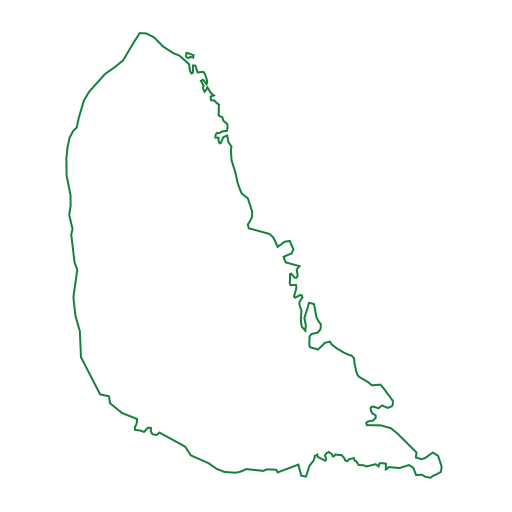 Fanapanges, Federated States of Micronesia, rotated 182°
{"feature_id": "79324940B4791300793678", "entity_name": "Fanapanges", "entity_type": "district", "adm_level": 2, "iso_a3": "FSM", "parent_name": "Federated States of Micronesia", "parent_adm1": "", "projection": "robinson", "projection_center": [151.663, 7.353], "detail": "fine", "context": "isolated", "style": "outline", "palette": "green", "viewbox_px": 512, "rotation_deg": 182, "n_neighbors": 0, "source": "geoboundaries", "source_scale": "gbopen_adm2", "svg_char_len": 3647}
<svg xmlns="http://www.w3.org/2000/svg" viewBox="0 0 512 512"><g transform="rotate(182 256 256)"><path d="M198.8,166.7L199.6,168.8L199.7,177.5L197.8,180.0L191.6,181.6L189.1,184.9L188.8,187.5L188.9,190.3L190.9,192.5L193.4,196.6L196.3,209.9L201.2,211.1L201.9,209.5L202.1,207.6L203.4,203.2L205.5,195.7L203.8,188.7L204.1,183.1L205.7,184.8L207.6,186.7L208.5,190.0L208.9,194.3L208.7,202.8L210.0,206.3L210.8,208.8L210.9,211.7L209.9,213.5L208.1,216.1L209.0,218.4L210.5,218.5L215.5,215.7L216.6,216.7L214.5,225.6L215.0,228.5L220.6,228.2L221.4,230.1L221.2,233.4L221.3,239.1L220.4,239.7L216.6,235.7L214.8,235.7L213.8,237.4L213.9,239.3L214.9,243.9L212.2,247.4L217.9,248.7L226.2,250.7L228.4,256.2L220.4,259.9L218.9,264.1L222.9,272.2L227.8,271.3L234.7,265.9L238.7,274.1L240.2,275.9L243.2,278.5L264.1,283.4L265.3,287.2L263.2,290.6L261.3,295.1L261.4,300.2L266.2,313.4L272.4,317.9L274.1,321.4L277.1,328.8L279.4,338.4L283.8,350.9L284.8,361.4L284.3,364.5L287.5,368.8L289.0,375.4L292.6,373.7L293.3,372.4L294.4,369.6L295.1,367.8L296.3,367.3L297.5,369.8L297.6,372.9L300.8,373.0L300.8,374.7L300.1,376.7L299.0,377.7L296.7,377.7L294.1,379.3L289.3,380.1L288.9,383.7L289.0,385.5L289.8,387.4L293.3,390.0L294.6,393.7L297.6,394.5L298.4,395.8L298.2,398.2L298.4,401.4L298.3,406.0L300.6,407.5L303.0,409.9L306.4,410.1L307.0,413.8L303.7,415.0L306.8,417.4L310.5,422.9L311.5,420.4L313.2,418.4L314.0,420.1L314.9,422.1L314.3,424.2L317.2,429.1L315.1,430.3L311.5,426.1L310.9,427.5L311.0,429.1L311.5,431.0L313.3,435.9L315.0,438.2L320.7,437.4L323.3,444.2L325.6,444.2L325.5,436.9L327.0,436.2L328.6,439.0L329.5,445.3L339.5,453.6L345.4,455.7L356.2,462.1L365.3,470.8L373.4,474.6L380.0,474.7L386.0,464.5L395.6,446.9L403.8,439.7L413.1,432.8L428.6,414.2L433.5,405.2L437.9,388.1L439.7,378.0L443.0,374.8L446.4,367.8L448.2,357.7L448.9,346.4L448.1,330.0L443.5,310.3L443.0,299.8L444.1,290.5L440.3,276.6L441.4,271.0L437.1,243.2L434.1,236.1L437.0,209.0L436.6,204.9L434.3,189.7L429.4,174.6L427.4,148.8L406.9,112.2L398.0,110.7L396.8,103.8L384.4,94.4L369.2,89.0L369.2,86.5L369.6,83.8L371.2,80.5L370.8,78.0L365.5,77.5L361.8,76.3L358.0,80.6L355.0,80.5L355.0,77.0L353.2,74.3L349.4,73.6L347.9,74.6L346.4,76.2L320.2,63.0L314.2,54.5L296.5,47.4L287.9,41.9L280.0,39.1L269.1,38.7L265.4,39.5L262.4,40.6L258.3,42.7L241.0,41.5L238.4,43.0L235.0,43.2L228.3,43.1L226.8,40.5L206.4,49.0L203.0,37.9L198.3,37.3L195.2,48.4L191.4,53.3L190.4,56.3L190.3,58.2L187.9,59.7L187.3,57.4L179.7,53.8L178.8,55.0L179.4,57.6L180.1,58.8L179.6,60.2L178.3,61.6L176.3,62.7L173.1,60.4L172.2,58.3L171.0,58.7L169.7,60.5L167.5,60.1L163.4,60.0L160.6,56.8L159.9,55.0L157.7,54.0L156.1,56.0L154.9,56.4L151.1,57.4L150.4,55.2L148.6,54.3L146.1,50.7L141.2,50.6L138.2,49.5L129.1,52.1L126.2,50.0L125.3,53.2L122.6,53.3L118.9,53.0L118.8,47.2L117.2,48.2L116.0,49.7L105.2,49.1L101.1,50.6L95.8,52.4L91.4,49.9L88.3,42.6L82.7,43.2L78.7,41.2L73.8,40.5L71.2,42.6L67.8,44.2L65.5,45.6L63.6,46.8L63.1,52.0L67.1,62.7L72.5,65.7L74.1,64.5L80.2,59.8L83.6,58.7L89.1,60.2L89.0,62.2L88.8,65.3L108.7,83.7L115.3,88.7L125.4,91.1L139.2,90.8L139.9,92.2L139.8,93.4L138.5,94.4L136.2,95.1L133.2,95.6L130.7,98.5L130.9,101.0L134.1,102.6L135.7,105.1L136.2,108.0L135.4,109.2L133.3,109.6L128.4,108.1L124.7,111.0L119.1,108.8L117.3,109.6L115.1,110.5L114.0,112.5L114.3,116.2L124.1,128.5L127.2,131.8L135.8,130.8L138.9,133.4L144.0,136.3L148.6,138.7L150.2,140.4L151.9,144.5L153.8,152.2L154.4,157.1L157.2,159.9L159.5,160.3L164.6,162.4L171.6,166.2L177.5,170.4L179.1,173.0L184.4,171.5L185.9,169.6L190.9,164.6L192.5,165.2L198.8,166.7ZM330.2,451.5L328.8,452.7L325.7,452.1L325.4,454.5L331.1,456.4L332.6,456.5L332.9,453.2L332.1,452.0L330.2,451.5Z" fill="none" stroke="#15803d" stroke-width="2"/></g></svg>